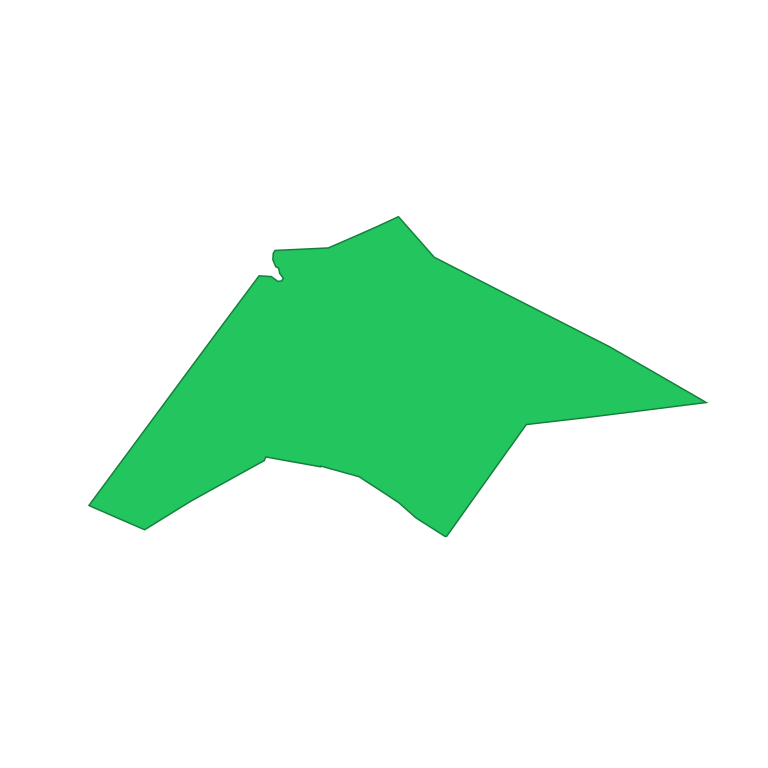 Merwoe, Northern, Sudan (orthographic projection), rotated 79°
{"feature_id": "16777658B43097500879952", "entity_name": "Merwoe", "entity_type": "district", "adm_level": 2, "iso_a3": "SDN", "parent_name": "Sudan", "parent_adm1": "Northern", "projection": "orthographic", "projection_center": [32.145, 18.369], "detail": "fine", "context": "isolated", "style": "filled", "palette": "green", "viewbox_px": 768, "rotation_deg": 79, "n_neighbors": 0, "source": "geoboundaries", "source_scale": "gbopen_adm2", "svg_char_len": 1451}
<svg xmlns="http://www.w3.org/2000/svg" viewBox="0 0 768 768"><g transform="rotate(79 384 384)"><path d="M446.9,696.8L447.4,696.3L449.8,692.8L453.9,686.8L466.9,668.0L469.2,664.5L472.4,659.9L481.4,646.8L481.4,646.7L466.5,607.5L462.4,596.6L456.3,578.0L448.2,552.9L443.0,536.8L437.8,520.7L436.4,516.3L436.4,516.2L433.1,514.0L433.2,513.7L433.9,511.8L435.6,507.3L438.2,500.8L440.3,495.4L441.4,492.5L442.7,489.2L446.8,478.5L448.9,473.1L451.0,467.6L453.2,462.1L452.4,461.8L452.6,461.5L457.6,451.5L460.4,445.8L462.5,441.7L463.1,440.5L465.7,435.2L466.1,434.4L470.3,426.1L481.1,415.0L485.2,410.7L485.3,410.6L496.9,398.7L503.4,392.1L521.1,378.5L521.4,378.3L524.9,374.7L529.5,369.8L535.0,364.0L545.3,353.1L545.5,351.6L545.4,351.5L543.1,349.1L540.5,346.3L536.4,342.0L516.3,320.9L500.9,304.7L495.5,299.0L487.6,290.7L482.3,285.1L481.1,283.8L479.2,281.8L477.0,279.5L473.4,275.8L469.1,271.1L460.0,261.6L454.9,256.2L451.0,252.1L451.0,251.8L451.3,247.7L451.4,246.1L454.8,201.6L455.3,195.5L455.7,190.1L456.1,184.1L456.9,172.3L462.2,92.4L463.7,71.2L454.5,81.7L390.7,155.2L376.5,173.4L344.0,215.0L320.5,245.1L317.9,248.4L301.9,268.8L275.3,302.7L271.9,307.0L269.2,310.5L222.5,337.9L228.4,361.9L233.9,386.1L239.8,412.8L232.1,465.5L234.6,467.8L240.9,469.4L248.2,467.9L250.2,465.3L255.5,465.3L258.6,463.8L261.0,462.7L263.3,464.9L263.0,468.6L257.0,474.2L254.0,486.0L294.9,531.0L327.9,567.1L442.3,691.8L446.9,696.8Z" fill="#22c55e" stroke="#15803d" stroke-width="1.5"/></g></svg>